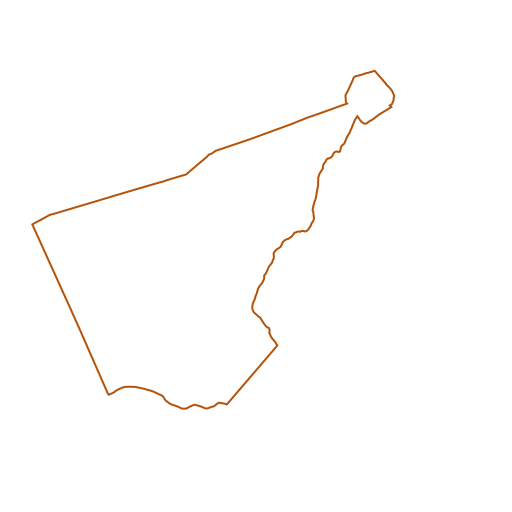 Wajir East, North-Eastern, Kenya, rotated 156°
{"feature_id": "3690345B87307909258611", "entity_name": "Wajir East", "entity_type": "district", "adm_level": 2, "iso_a3": "KEN", "parent_name": "Kenya", "parent_adm1": "North-Eastern", "projection": "albers", "projection_center": [40.38, 2.006], "detail": "fine", "context": "isolated", "style": "outline", "palette": "amber", "viewbox_px": 512, "rotation_deg": 156, "n_neighbors": 0, "source": "geoboundaries", "source_scale": "gbopen_adm2", "svg_char_len": 6114}
<svg xmlns="http://www.w3.org/2000/svg" viewBox="0 0 512 512"><g transform="rotate(156 256 256)"><path d="M66.9,342.4L66.5,343.5L65.1,345.5L64.6,346.7L64.5,349.5L64.5,351.1L64.8,352.9L65.9,356.4L67.4,360.0L67.3,360.8L69.4,367.6L71.3,373.8L72.2,376.8L73.8,377.1L77.0,377.5L79.3,377.8L81.0,378.2L86.9,378.8L90.4,379.4L91.9,379.7L93.4,379.6L94.2,379.2L96.3,377.1L102.2,371.9L103.2,371.0L104.6,369.8L107.5,367.6L108.6,366.7L109.1,366.0L110.0,363.4L110.7,361.7L111.1,360.4L111.1,359.0L110.8,358.2L112.5,358.3L116.7,358.7L122.5,359.1L127.1,359.4L136.0,360.1L140.3,360.4L143.3,360.7L146.5,360.9L150.8,361.3L153.6,361.5L159.0,361.7L163.8,361.9L167.0,362.0L170.0,362.1L173.1,362.3L175.5,362.5L181.5,362.9L187.1,363.3L192.0,363.6L198.7,364.1L203.4,364.4L210.9,364.9L214.7,365.2L218.2,365.5L221.5,365.8L223.3,366.0L226.8,366.3L236.1,367.2L240.4,367.6L243.1,367.8L246.0,368.1L247.7,368.3L250.3,368.5L251.6,368.2L253.0,367.9L255.1,367.5L256.2,367.8L258.1,367.7L259.6,367.0L260.4,366.7L264.9,365.3L276.3,362.0L286.5,359.0L287.8,359.0L292.4,359.7L305.7,361.4L310.5,361.8L316.2,362.7L329.4,364.5L363.3,369.0L363.9,369.0L423.3,376.7L425.4,377.1L426.9,377.3L428.2,377.4L433.1,377.0L438.4,376.5L443.6,376.2L447.5,375.8L446.9,280.2L446.9,258.1L447.3,190.4L446.8,189.1L444.2,189.1L441.3,189.2L439.7,189.6L436.8,190.1L431.2,190.1L428.5,189.6L425.4,188.3L419.5,185.5L411.7,179.8L410.1,178.4L405.5,174.5L398.9,167.0L397.9,165.1L397.8,163.7L397.5,161.4L397.1,160.3L395.0,156.6L392.7,153.8L391.0,152.5L388.5,150.0L386.9,148.0L385.6,146.7L383.9,145.8L381.9,145.1L380.2,145.0L378.6,145.3L373.3,145.3L372.1,144.7L370.6,143.6L367.1,140.5L364.6,137.7L363.0,136.7L361.4,136.4L359.0,136.3L357.6,136.3L355.8,135.8L354.5,136.0L353.4,136.4L352.0,136.8L350.0,137.0L348.8,136.7L345.5,134.4L342.9,132.3L273.0,165.5L273.0,165.8L273.3,167.5L273.3,168.8L274.0,171.5L274.3,172.6L274.7,173.8L274.7,174.4L275.0,175.1L275.1,176.0L275.1,177.4L275.1,180.4L274.8,180.9L273.7,182.7L273.6,183.0L273.5,183.7L273.5,185.0L274.2,185.8L275.0,186.8L275.4,187.7L275.7,188.5L275.8,189.3L276.2,190.8L276.5,192.9L276.9,195.2L276.9,195.9L277.1,196.4L277.1,197.8L277.5,198.3L277.7,198.8L278.3,199.5L278.9,200.9L279.1,201.9L279.8,203.0L280.5,204.4L280.7,205.0L280.9,205.9L280.9,206.7L281.0,207.9L280.7,209.5L280.5,210.2L280.0,211.2L279.3,212.3L278.2,213.9L275.7,216.2L275.1,216.7L273.8,218.0L273.4,218.5L273.2,219.1L272.6,219.6L271.4,220.7L270.4,221.7L269.3,223.0L268.3,224.3L267.7,224.9L267.2,225.4L266.5,226.0L265.8,226.5L264.2,227.4L263.3,227.9L262.4,228.4L261.6,228.8L260.7,229.4L260.0,230.1L258.7,231.0L257.9,232.0L257.5,232.5L257.1,233.3L256.9,233.9L256.7,234.3L256.6,234.7L256.2,235.0L255.8,235.2L255.3,235.3L254.8,235.6L254.3,235.9L253.9,236.2L251.2,238.5L249.7,240.0L248.8,240.8L247.9,241.4L247.3,241.7L247.0,241.8L246.6,241.9L246.3,242.2L245.1,242.9L244.6,243.1L244.2,243.3L243.8,243.6L243.5,244.0L242.1,245.6L241.8,245.7L241.5,245.9L241.1,246.2L240.7,246.7L240.3,247.4L240.1,247.8L239.8,248.4L239.3,250.1L239.1,250.6L238.8,251.2L238.4,251.7L238.0,252.0L237.3,252.4L234.3,253.6L233.9,253.7L233.5,253.7L231.9,254.0L230.9,254.1L230.3,254.3L230.0,254.3L229.6,254.6L229.4,254.8L228.8,255.1L228.3,255.7L227.5,256.3L226.7,257.1L226.3,257.7L225.2,258.0L224.3,258.4L223.8,258.6L223.3,258.7L222.7,258.7L222.3,258.8L221.8,258.8L221.0,258.8L220.2,258.7L219.7,258.6L218.5,258.6L218.1,258.8L217.6,258.9L217.1,259.0L216.7,259.1L216.3,259.1L216.0,259.1L215.5,259.2L214.8,259.7L214.4,259.8L213.9,260.2L212.6,260.9L211.9,261.1L211.7,261.4L211.4,261.6L211.0,261.6L210.2,261.4L209.9,261.3L209.3,261.3L208.5,261.4L208.1,261.3L207.6,261.3L207.1,261.0L206.6,260.7L206.3,260.5L205.9,260.2L205.4,260.2L204.8,260.3L203.8,260.2L203.4,259.9L203.0,259.8L202.3,259.3L201.7,258.8L201.5,258.6L201.1,258.4L200.8,258.3L199.2,258.4L198.8,258.4L197.8,258.8L197.2,259.2L196.1,259.9L194.0,261.1L193.6,261.6L193.2,261.9L192.9,262.2L192.6,262.6L192.2,263.0L191.8,263.3L190.7,263.9L190.4,264.1L190.0,264.3L188.9,265.3L188.6,265.6L188.3,265.9L187.9,266.7L187.5,267.2L186.8,269.8L186.3,271.4L186.0,272.2L185.8,272.7L185.8,273.0L185.7,274.6L185.5,275.0L185.2,275.6L184.7,276.3L184.2,276.9L184.0,277.3L183.7,277.8L183.4,278.1L183.2,278.5L183.0,278.8L182.8,279.1L181.8,280.0L181.3,280.5L181.1,280.9L181.0,281.2L180.7,281.6L180.3,282.0L179.6,282.6L179.3,282.9L179.1,283.2L178.7,283.6L178.3,284.0L177.9,284.5L177.6,284.8L177.5,285.1L177.2,285.5L177.0,285.9L176.1,287.0L175.9,287.3L175.6,287.9L174.8,289.1L174.7,289.4L174.4,289.7L174.2,290.1L173.9,290.4L173.8,290.8L171.4,293.9L171.0,294.7L170.4,295.5L170.0,296.1L169.9,296.5L169.7,296.9L169.6,297.3L169.4,297.8L169.3,298.2L169.0,298.7L168.6,299.3L168.2,300.0L167.7,301.1L167.6,301.6L167.3,302.2L166.8,302.8L166.2,303.4L166.0,303.8L165.7,304.2L164.8,305.0L164.2,305.5L162.8,306.5L159.7,308.5L159.2,308.9L159.0,309.3L158.8,309.7L158.6,310.3L158.3,310.8L156.6,312.5L156.2,312.8L155.6,313.2L155.2,313.3L154.9,313.4L154.5,313.7L154.2,313.9L153.8,314.3L153.4,314.6L153.0,314.9L152.5,315.3L151.6,315.7L151.1,315.8L150.6,315.6L149.9,315.6L148.7,315.5L148.3,315.5L147.9,315.6L147.6,315.6L147.1,315.7L146.6,315.8L146.2,316.0L145.7,316.3L144.9,317.0L143.7,317.9L143.2,318.3L142.8,318.6L142.3,318.7L141.8,318.9L140.4,318.8L140.0,318.7L139.6,318.6L138.3,317.5L137.8,317.3L137.5,317.2L137.1,317.3L136.7,317.4L136.3,317.9L136.0,318.2L134.4,320.6L134.0,321.0L133.6,321.3L133.2,321.6L132.6,321.9L132.1,322.1L131.5,322.3L131.2,322.4L130.9,322.4L130.5,322.5L130.2,322.6L129.4,323.0L127.1,325.2L126.4,325.9L125.2,327.0L123.6,328.3L121.6,329.7L120.4,330.5L119.8,330.9L119.1,331.7L118.6,332.2L117.7,333.1L117.4,333.2L116.9,333.6L116.6,333.9L116.1,334.5L115.8,334.9L113.9,336.6L112.2,338.3L110.9,339.6L110.6,339.9L110.3,340.0L109.1,340.8L108.5,341.2L107.9,341.6L107.6,341.7L106.6,342.5L106.2,341.1L106.0,339.6L105.8,338.3L105.4,336.9L105.0,335.6L104.6,334.9L103.7,333.5L103.5,333.2L103.2,332.9L102.8,332.7L102.2,332.4L101.4,332.1L100.2,332.3L99.7,332.4L99.1,332.7L98.8,332.7L97.8,332.9L96.7,333.0L95.4,333.1L92.3,333.6L89.2,334.4L86.6,335.1L71.8,337.0L72.2,338.2L72.4,338.5L72.6,339.1L70.5,339.3L69.6,339.8L68.2,341.2L66.9,342.4Z" fill="none" stroke="#b45309" stroke-width="2"/></g></svg>